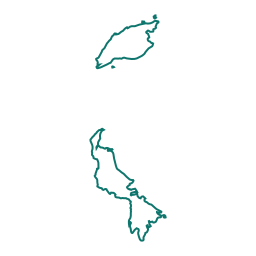 outline of Malaysia, rotated 90°
{"feature_id": "MYS", "entity_name": "Malaysia", "entity_type": "country or territory", "adm_level": 0, "iso_a3": "MYS", "parent_name": "Asia", "parent_adm1": "", "projection": "albers", "projection_center": [110.864, 4.107], "detail": "fine", "context": "isolated", "style": "outline", "palette": "teal", "viewbox_px": 256, "rotation_deg": 90, "n_neighbors": 0, "source": "natural_earth", "source_scale": "50m", "svg_char_len": 5947}
<svg xmlns="http://www.w3.org/2000/svg" viewBox="0 0 256 256"><g transform="rotate(90 128 128)"><path d="M221.3,127.1L220.9,127.1L219.9,126.8L217.9,125.6L215.8,125.2L212.9,125.2L211.2,125.0L210.5,125.2L210.0,125.2L209.5,125.0L209.1,124.9L208.0,125.6L207.4,125.4L206.9,125.1L205.9,125.0L204.7,125.1L203.4,125.8L202.0,125.2L201.6,125.2L201.3,125.4L200.7,126.3L199.5,127.0L198.9,128.3L198.6,129.5L198.2,129.9L198.2,132.3L198.0,133.5L198.3,135.0L198.2,135.6L197.7,136.6L197.7,136.8L197.4,138.4L197.5,138.8L197.4,139.3L197.0,140.4L196.2,140.7L195.3,140.9L194.6,140.5L193.9,141.1L193.1,142.0L192.8,142.6L192.8,143.2L192.8,143.6L192.7,144.0L192.7,145.0L193.3,145.3L193.9,145.8L193.8,146.3L193.5,146.7L192.8,147.2L191.4,148.3L189.9,149.3L189.3,149.5L189.1,149.9L189.0,150.5L189.4,151.8L189.7,152.2L189.9,152.6L189.5,153.6L188.9,153.9L188.4,154.1L188.2,154.5L187.9,156.0L187.6,156.8L186.8,158.0L186.6,158.5L186.2,158.7L184.8,158.2L183.5,158.5L181.8,158.7L180.3,158.7L179.2,159.0L178.4,159.6L177.5,160.4L176.6,161.0L175.9,161.3L174.7,160.4L174.0,160.5L172.9,160.2L169.5,159.0L168.8,159.0L168.6,158.7L168.7,158.3L168.6,157.7L168.1,157.5L162.7,157.6L161.1,158.1L160.1,158.5L159.3,158.9L159.1,160.1L158.7,161.2L158.1,162.4L156.3,162.7L155.0,163.9L154.6,164.0L153.6,163.9L152.7,163.8L152.0,164.1L151.2,164.1L149.0,163.5L146.8,163.4L144.9,163.8L141.2,165.4L139.9,165.6L139.4,165.4L138.7,164.7L137.7,164.1L135.4,161.8L134.6,161.3L134.0,160.8L133.5,160.1L132.7,159.4L132.0,159.0L131.1,158.0L130.1,156.9L129.9,155.1L129.2,154.7L128.9,154.2L128.8,153.7L129.8,152.2L130.6,153.8L130.9,154.1L132.6,155.2L133.9,155.7L135.4,156.0L137.0,156.0L137.6,155.9L138.1,155.7L138.7,155.9L141.9,157.7L143.1,158.0L144.4,157.9L145.0,158.1L146.8,159.4L147.3,159.6L148.2,159.5L146.3,158.4L146.0,157.6L146.2,156.7L146.9,156.1L147.4,155.5L147.6,153.6L147.9,152.7L148.5,151.7L148.7,150.9L148.1,150.2L147.9,149.1L148.1,148.1L148.4,147.5L149.7,148.3L150.3,148.2L150.8,148.1L150.9,147.6L150.7,146.7L150.8,145.2L151.6,143.9L152.8,143.0L154.0,142.6L158.5,141.9L165.7,140.1L167.8,139.4L168.6,139.0L169.2,138.5L170.3,136.9L172.4,134.4L173.8,132.3L176.9,129.3L179.3,126.5L179.6,126.0L180.0,124.4L180.1,123.7L180.0,123.0L180.3,122.7L180.8,122.5L181.3,122.8L182.1,123.2L182.7,123.8L183.2,124.5L183.5,125.2L183.5,125.8L183.9,126.3L185.0,126.3L185.3,126.9L186.1,128.0L186.8,128.7L187.2,129.0L187.7,128.8L188.5,128.2L189.1,127.3L189.5,126.2L189.2,126.0L189.7,125.2L189.8,124.7L189.3,123.9L188.9,121.6L188.7,121.0L189.2,120.5L190.1,120.0L191.0,119.4L191.9,118.9L192.0,121.3L192.3,122.5L192.9,124.7L193.6,125.0L194.5,125.2L195.0,125.2L195.3,125.0L195.4,124.8L194.9,124.0L194.7,121.9L194.3,120.6L193.6,119.2L193.2,118.9L195.9,118.5L196.6,118.0L197.6,117.1L198.0,116.6L198.3,115.4L197.0,114.7L196.5,113.9L196.4,112.9L198.0,111.1L198.5,110.7L198.8,111.3L199.5,111.5L200.1,111.5L200.8,111.5L201.7,110.6L202.1,109.3L203.7,107.4L204.3,106.0L204.6,104.6L208.7,100.0L209.2,99.3L211.6,94.7L211.9,94.6L212.5,95.0L212.7,96.5L212.7,97.1L212.3,98.0L212.1,99.0L212.3,99.0L213.5,98.4L214.7,96.8L215.3,95.4L215.9,94.8L217.1,95.1L217.3,95.4L217.3,96.4L217.4,96.9L217.8,98.2L218.8,98.9L220.2,99.4L221.5,100.0L221.9,100.5L222.2,101.0L222.5,101.9L222.5,102.8L221.6,103.7L222.0,105.1L221.9,105.9L221.6,106.6L220.3,107.3L223.9,106.6L224.8,106.2L226.1,105.3L226.7,106.1L227.4,107.5L226.9,107.8L225.3,108.4L225.2,108.6L225.7,109.3L226.4,109.2L227.7,108.7L228.9,108.0L229.5,108.0L230.1,108.1L231.3,108.6L232.0,109.0L232.5,109.5L232.9,110.6L234.3,110.9L237.1,112.4L237.6,112.5L238.1,112.5L239.6,112.4L240.1,112.6L240.5,113.1L240.6,113.8L240.6,114.5L240.5,115.0L240.1,115.5L239.1,116.2L236.6,117.1L233.9,117.8L232.5,117.8L230.5,117.2L229.8,117.3L229.1,117.6L228.3,119.4L229.9,121.3L232.6,123.2L233.0,123.6L232.9,124.2L232.5,124.6L231.9,124.8L230.4,125.1L228.8,125.3L227.5,125.7L226.3,126.1L225.0,126.0L223.2,125.1L222.7,125.1L222.2,125.5L221.6,126.7L221.3,127.1ZM20.8,100.3L21.0,99.8L21.3,98.0L21.5,97.7L21.9,97.5L22.5,97.6L23.4,99.1L25.9,100.1L26.6,100.4L27.6,100.0L28.1,100.2L28.5,100.6L28.8,101.7L29.4,102.7L30.7,102.6L31.2,102.7L31.5,102.8L31.7,103.7L31.8,105.2L31.7,106.1L30.7,107.4L30.6,108.2L31.1,108.8L31.7,109.3L32.1,109.8L32.5,109.7L33.0,109.4L33.4,108.7L33.8,108.0L35.5,107.3L37.2,106.7L37.4,106.8L37.7,107.1L38.3,108.0L38.6,108.2L39.1,108.3L39.9,108.2L40.8,107.7L41.4,106.7L41.6,105.9L43.0,104.6L43.1,103.6L43.5,102.9L45.5,103.4L46.2,103.8L48.4,107.4L51.3,109.9L52.6,110.9L53.5,111.3L54.8,112.7L56.0,114.4L58.4,119.2L58.9,121.3L59.0,124.4L58.4,129.3L57.7,131.6L57.8,132.8L58.7,134.5L58.4,136.2L58.6,137.5L58.5,141.3L59.0,142.4L59.6,143.2L62.8,145.4L63.0,146.3L64.5,149.1L67.4,155.4L68.2,158.2L68.1,158.9L67.7,159.2L66.9,159.5L66.1,158.9L65.9,158.5L66.0,158.1L65.7,157.6L65.0,157.0L64.6,156.5L64.7,157.3L64.7,158.4L63.8,158.5L62.7,158.2L61.3,158.5L59.6,159.8L58.8,159.8L58.2,158.7L57.9,157.9L57.4,157.3L52.1,154.4L50.2,153.7L48.1,151.5L43.5,149.1L40.6,146.7L39.4,145.3L36.4,144.0L35.1,142.4L34.4,142.1L33.8,141.6L34.5,140.2L34.2,138.6L33.9,137.4L31.8,134.8L30.8,133.0L28.8,131.2L28.0,130.2L27.3,129.0L27.8,128.6L28.2,128.4L27.8,127.5L26.7,126.0L26.2,124.3L26.2,121.1L24.6,116.5L23.3,110.2L23.6,108.1L23.3,105.7L22.4,103.4L21.2,101.7L20.8,100.3ZM216.1,92.5L215.4,93.1L215.1,92.4L215.2,91.4L216.1,90.6L217.4,90.4L217.6,91.1L217.5,91.9L217.2,92.3L216.1,92.5ZM17.7,100.0L18.5,101.3L18.1,101.8L17.9,102.0L17.4,101.8L16.9,102.3L16.5,102.3L16.0,101.5L15.5,101.1L15.4,100.5L16.1,100.4L16.5,100.7L17.4,100.3L17.7,100.0ZM150.1,147.7L149.8,147.8L149.2,147.4L149.1,143.9L149.5,143.6L150.0,144.3L150.0,145.8L150.0,147.2L150.1,147.7ZM22.6,113.6L22.3,113.9L21.4,113.7L21.6,111.8L22.1,111.6L22.8,112.0L23.2,112.3L22.6,113.6ZM224.9,126.9L223.3,127.1L222.2,127.1L222.4,126.7L222.3,126.2L222.8,126.0L223.5,126.1L224.9,126.9ZM67.5,143.7L67.0,143.8L66.6,143.8L66.4,143.3L66.9,142.3L67.1,142.1L67.5,143.2L67.5,143.7ZM34.1,140.4L33.5,140.6L33.5,140.3L33.6,139.9L34.0,139.5L34.1,140.4Z" fill="none" stroke="#0f766e" stroke-width="2"/></g></svg>